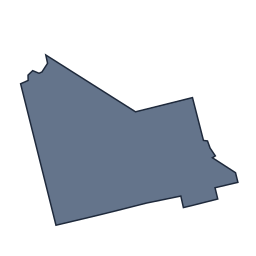 the district of Kings, California, United States of America, rotated 76°
{"feature_id": "52423323B67805499468895", "entity_name": "Kings", "entity_type": "district", "adm_level": 2, "iso_a3": "USA", "parent_name": "United States of America", "parent_adm1": "California", "projection": "mercator", "projection_center": [-119.844, 36.139], "detail": "fine", "context": "isolated", "style": "filled", "palette": "slate", "viewbox_px": 256, "rotation_deg": 76, "n_neighbors": 0, "source": "geoboundaries", "source_scale": "gbopen_adm2", "svg_char_len": 483}
<svg xmlns="http://www.w3.org/2000/svg" viewBox="0 0 256 256"><g transform="rotate(76 128 128)"><path d="M59.1,221.5L63.4,221.5L204.9,221.4L205.4,175.1L205.4,151.8L205.3,128.5L206.8,93.2L218.6,93.5L218.7,85.7L218.6,58.1L207.0,58.0L207.3,34.5L197.4,34.5L177.3,53.3L176.2,50.0L167.4,53.2L159.8,54.0L158.3,57.8L114.1,58.1L114.1,116.8L37.3,190.1L45.8,190.4L52.8,197.9L53.4,201.1L49.3,206.6L52.5,212.2L57.7,213.4L59.1,221.5Z" fill="#64748b" stroke="#1e293b" stroke-width="1.5"/></g></svg>